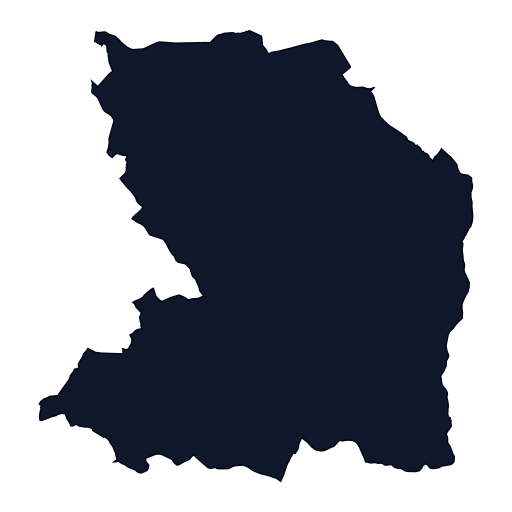 Socond, Satu Mare, Romania
{"feature_id": "2599482B56035864405042", "entity_name": "Socond", "entity_type": "district", "adm_level": 2, "iso_a3": "ROU", "parent_name": "Romania", "parent_adm1": "Satu Mare", "projection": "mercator", "projection_center": [22.99, 47.536], "detail": "fine", "context": "isolated", "style": "filled", "palette": "ink", "viewbox_px": 512, "rotation_deg": 0, "n_neighbors": 0, "source": "geoboundaries", "source_scale": "gbopen_adm2", "svg_char_len": 5974}
<svg xmlns="http://www.w3.org/2000/svg" viewBox="0 0 512 512"><path d="M210.2,468.3L215.4,467.4L217.0,468.4L219.3,468.7L228.5,468.6L232.5,466.4L235.8,465.5L243.3,465.1L247.7,466.8L253.0,470.4L255.8,471.7L261.8,474.0L266.4,474.9L276.6,478.2L280.7,481.3L283.6,474.6L287.3,463.6L288.9,461.2L289.8,458.9L293.2,453.0L295.2,453.4L295.5,452.5L296.9,450.9L297.8,449.1L299.1,443.1L301.5,437.9L303.4,438.9L308.0,442.6L311.7,446.8L315.1,449.3L316.9,450.2L320.8,450.8L324.0,450.6L331.6,447.0L333.8,446.3L339.5,440.2L342.5,440.8L347.9,440.0L352.8,440.5L355.7,441.9L357.6,443.8L359.7,447.5L364.0,457.2L365.2,460.2L365.6,461.9L366.8,461.9L370.5,462.9L375.1,462.5L378.2,463.3L380.9,463.0L382.6,463.4L384.5,464.8L386.0,465.1L391.3,464.5L395.0,467.4L398.4,468.3L401.2,468.4L405.1,470.8L408.2,471.4L415.9,471.5L419.3,470.7L421.4,468.4L423.1,465.1L425.9,463.9L426.7,464.1L430.3,468.1L433.6,468.5L439.3,467.6L441.2,466.1L451.0,464.5L453.4,462.4L454.0,461.0L454.3,456.5L452.5,453.4L451.5,449.9L449.6,445.7L447.7,442.9L447.5,441.8L447.6,439.5L447.3,436.7L446.6,435.4L445.8,435.0L446.3,434.4L446.1,434.0L446.6,433.4L446.9,432.2L450.5,427.4L451.3,425.8L450.7,420.9L451.0,420.5L449.8,419.0L450.2,418.9L450.3,418.0L447.8,416.6L448.1,415.7L447.8,414.8L447.6,412.1L447.9,411.6L447.8,410.1L448.3,405.6L447.7,401.2L446.7,396.9L447.4,394.6L447.2,392.7L446.3,390.3L443.1,386.5L441.9,384.3L440.7,376.3L441.1,374.8L443.4,371.8L446.2,365.7L446.2,361.2L448.5,356.8L448.4,354.7L447.2,351.8L446.3,348.2L446.0,345.9L448.0,335.1L449.9,331.3L452.5,328.9L455.3,325.2L458.5,321.7L462.4,318.0L462.1,317.1L462.5,312.6L461.9,308.6L462.0,304.2L463.6,299.7L466.4,294.0L467.8,292.1L469.1,286.8L469.0,285.7L469.4,283.0L465.9,275.2L464.8,273.3L463.9,270.2L464.4,266.6L464.3,263.6L463.3,261.1L463.0,259.0L462.9,256.4L462.1,249.9L462.8,243.9L461.9,241.5L462.3,240.4L463.9,238.2L464.2,236.8L465.9,234.5L465.9,233.7L467.0,232.5L468.8,228.6L470.7,226.3L472.0,222.2L472.6,218.1L472.6,214.7L471.8,206.4L472.0,202.4L470.9,197.7L470.8,194.0L470.8,192.3L471.8,189.8L472.4,187.2L472.4,184.9L471.5,181.4L471.5,177.9L467.9,175.3L461.8,174.3L460.1,173.5L458.2,170.0L457.2,167.3L457.0,165.4L456.2,163.9L450.5,156.8L448.9,155.8L441.4,148.9L441.0,150.1L437.8,154.4L435.5,156.3L434.0,158.3L433.2,161.0L429.5,157.9L428.9,156.9L428.9,156.1L427.3,154.1L424.4,152.9L423.1,151.5L422.4,151.7L421.5,150.7L420.6,148.6L419.0,146.9L418.3,147.0L417.6,145.9L417.1,145.9L417.0,145.3L416.3,145.7L414.8,145.3L414.1,143.7L413.4,143.5L412.6,142.5L409.4,141.3L406.3,139.4L407.6,138.2L405.6,139.4L406.4,138.1L405.9,137.0L399.7,132.4L388.9,125.4L386.4,123.2L380.8,117.5L379.4,115.2L378.0,111.5L373.6,96.3L370.3,91.2L374.1,87.7L373.8,87.5L371.9,88.5L369.3,88.9L367.5,88.8L362.6,87.2L356.4,87.7L351.5,86.6L349.0,85.1L343.5,77.4L341.8,74.3L350.0,67.6L350.3,66.7L337.6,45.6L332.7,41.6L325.2,41.0L322.0,40.0L309.8,43.5L303.1,44.8L289.0,48.7L282.8,50.1L281.9,50.6L272.3,52.3L270.4,52.9L268.8,54.1L267.1,52.3L267.0,51.3L265.1,48.5L262.4,45.4L261.7,37.4L261.2,36.1L249.4,30.7L247.1,31.7L246.0,31.6L244.8,32.6L243.1,32.6L241.0,33.5L237.3,33.4L235.8,33.7L233.0,32.8L231.3,32.8L225.1,33.3L222.8,33.8L221.0,34.7L219.3,34.7L218.0,35.3L215.1,37.5L210.1,42.9L206.3,42.6L175.6,43.2L159.3,42.0L156.1,43.1L143.4,49.0L133.4,49.7L130.8,49.2L127.1,47.3L121.0,42.2L119.1,40.0L115.0,36.3L109.5,34.6L105.4,32.1L102.3,32.1L100.9,32.7L99.0,32.4L97.6,32.6L96.6,32.3L96.4,31.9L96.1,32.0L94.8,41.4L97.5,42.6L97.4,43.0L97.9,43.3L101.4,45.0L101.6,45.6L103.8,43.0L106.7,45.5L107.0,46.6L107.2,51.2L108.3,53.6L108.3,55.5L109.3,62.5L112.8,71.3L109.2,73.9L97.9,86.7L91.9,81.4L92.5,83.4L92.2,85.2L92.3,87.7L91.8,92.0L92.3,93.0L95.7,95.6L97.8,97.8L103.2,109.4L105.4,111.8L108.5,113.6L111.6,116.0L113.7,119.4L114.1,120.7L109.1,138.5L109.3,143.2L108.4,148.3L107.1,152.1L109.2,155.2L112.1,157.5L114.6,154.8L116.9,153.3L123.0,155.3L127.4,155.6L126.6,157.9L125.7,159.6L127.5,162.5L126.4,165.2L127.1,166.3L127.0,167.3L126.3,167.5L126.5,168.6L126.2,171.4L125.5,172.3L125.6,173.0L120.0,178.6L126.8,186.8L132.3,192.7L135.8,197.6L136.5,200.2L137.5,202.1L139.8,204.5L143.0,206.8L141.2,209.9L133.2,217.0L132.1,218.7L137.1,222.0L141.4,224.1L143.7,225.7L145.3,227.6L149.7,234.7L163.6,239.3L163.3,239.2L166.3,243.4L169.2,249.3L172.0,253.8L174.4,256.2L176.3,260.7L178.4,262.2L185.6,263.8L190.3,268.8L192.1,275.3L193.0,276.7L195.4,278.8L198.6,286.0L199.6,289.3L199.7,290.6L203.0,294.9L203.5,296.2L198.3,298.4L191.8,299.0L188.5,299.9L187.2,299.5L185.1,297.7L179.2,295.1L171.6,297.3L161.6,301.6L158.2,299.0L155.8,296.2L153.3,288.4L151.3,289.3L146.1,293.8L144.5,295.1L143.0,297.3L139.8,299.3L134.6,301.3L132.9,302.5L134.6,303.5L136.3,307.3L141.2,312.4L140.9,314.5L139.6,317.3L140.7,322.6L141.6,324.8L141.0,325.2L141.5,328.9L137.3,329.7L134.9,331.2L134.0,332.1L133.7,332.9L130.0,335.1L131.6,338.1L132.0,340.2L131.3,343.9L129.3,347.1L128.6,349.2L124.9,349.6L123.0,348.8L122.5,349.0L123.0,350.2L123.0,353.9L101.7,353.2L95.4,352.4L87.9,348.5L86.6,350.7L83.5,354.0L82.6,356.9L79.0,362.9L78.5,364.0L78.6,368.6L74.7,369.2L73.5,371.7L70.6,375.3L69.3,379.4L57.7,395.7L49.7,396.4L47.1,397.9L44.1,399.0L40.7,401.6L39.4,404.2L41.8,405.5L40.7,407.3L41.1,409.3L40.3,411.1L39.6,416.8L40.0,420.1L41.5,420.5L52.0,416.5L56.5,415.4L56.4,414.7L58.5,414.1L61.6,413.3L64.4,413.6L65.1,413.2L67.2,419.0L69.7,422.7L70.9,425.8L72.7,425.9L75.8,424.4L77.1,424.5L77.8,424.6L78.4,425.8L84.6,426.9L88.2,427.0L92.0,428.3L92.8,428.9L92.7,430.2L93.0,430.6L103.6,437.1L103.8,436.5L104.8,436.8L107.6,438.7L109.3,440.7L110.2,442.8L112.9,446.5L115.8,453.6L116.6,458.1L117.2,459.3L114.1,461.9L116.1,461.8L118.3,461.0L121.8,463.4L125.5,465.0L128.5,467.2L134.8,469.6L137.4,471.7L139.3,472.7L141.5,472.8L145.5,471.2L147.1,470.2L148.3,468.0L148.3,466.4L148.8,465.5L145.7,461.2L145.5,458.7L146.2,457.9L155.9,454.1L158.6,453.9L162.0,454.5L171.4,459.0L172.4,459.8L173.4,461.6L174.9,463.5L177.2,465.1L179.6,464.2L184.2,461.5L189.0,459.6L190.3,458.3L191.3,456.7L194.2,454.7L195.5,456.7L208.0,467.6L210.2,468.3Z" fill="#0f172a" stroke="#020617" stroke-width="1.5"/></svg>